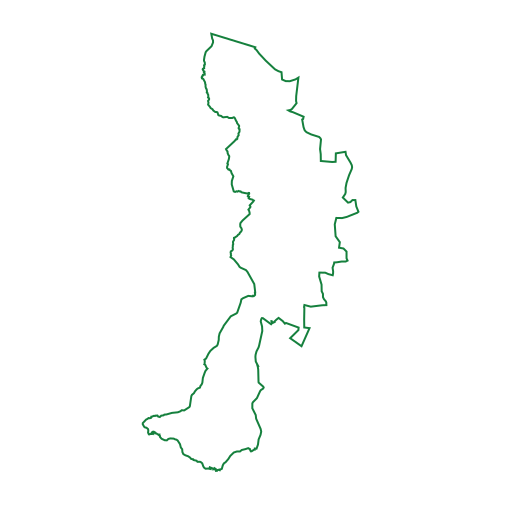 outline of Buenavista, Sucre, Colombia, rotated 185°
{"feature_id": "7082276B40450557639680", "entity_name": "Buenavista", "entity_type": "district", "adm_level": 2, "iso_a3": "COL", "parent_name": "Colombia", "parent_adm1": "Sucre", "projection": "robinson", "projection_center": [-74.939, 9.327], "detail": "fine", "context": "isolated", "style": "outline", "palette": "green", "viewbox_px": 512, "rotation_deg": 185, "n_neighbors": 0, "source": "geoboundaries", "source_scale": "gbopen_adm2", "svg_char_len": 6033}
<svg xmlns="http://www.w3.org/2000/svg" viewBox="0 0 512 512"><g transform="rotate(185 256 256)"><path d="M238.7,64.1L237.6,68.3L237.4,73.5L235.9,78.2L235.5,81.5L236.3,84.1L241.7,94.0L242.4,97.5L246.4,104.0L246.8,108.9L246.3,110.1L242.7,114.5L240.1,121.8L239.5,122.8L237.3,124.6L236.9,125.7L237.4,126.5L242.3,130.1L242.5,130.7L243.9,143.0L244.5,145.6L245.0,146.9L244.5,146.9L247.0,150.8L247.8,155.4L247.8,157.6L247.2,161.0L245.5,165.1L245.1,167.0L243.2,181.8L243.8,186.3L245.6,191.3L245.3,193.4L244.8,194.6L243.8,194.7L235.3,189.5L235.0,189.8L234.8,189.6L234.2,190.6L235.0,192.4L234.7,192.5L233.5,190.8L232.3,191.5L232.5,191.6L230.2,194.3L228.1,196.3L223.7,193.5L221.3,191.1L220.3,191.9L207.3,188.4L207.3,185.9L214.8,177.1L202.8,170.1L196.4,188.8L201.7,189.0L202.5,197.0L203.3,208.6L203.7,209.2L203.5,211.4L197.0,210.3L185.7,212.7L181.6,213.2L181.9,215.7L182.4,216.8L184.6,219.0L185.7,220.9L186.0,224.1L187.5,226.6L188.2,233.2L191.3,241.1L191.4,245.0L185.5,245.4L182.4,244.3L177.9,243.5L177.7,245.2L177.8,247.3L178.7,251.0L177.6,255.0L177.5,256.4L175.2,256.7L170.4,257.9L166.2,258.3L164.4,259.4L165.6,261.6L166.2,268.3L169.5,271.1L174.0,271.5L173.7,277.1L178.4,282.6L180.3,294.4L179.3,300.9L173.5,301.3L169.1,302.8L158.9,307.9L157.8,309.0L160.4,314.1L161.9,320.4L164.8,320.1L166.7,317.9L169.0,317.2L174.6,321.8L172.5,325.6L172.2,327.5L172.7,331.6L172.2,336.7L170.3,344.7L168.2,351.0L168.0,352.9L168.5,354.8L170.0,357.3L175.1,364.3L175.9,367.6L185.4,365.2L184.9,356.8L188.3,356.3L199.7,356.3L200.4,363.1L201.5,368.1L201.4,377.8L202.1,378.9L203.5,380.1L211.6,381.9L216.4,383.7L217.7,384.7L218.6,385.7L219.9,388.6L221.9,396.0L221.0,396.6L220.7,398.9L231.8,402.5L234.5,403.0L236.4,403.9L234.4,404.5L233.0,405.6L228.9,411.8L229.6,413.9L229.9,418.8L229.3,437.4L232.0,435.4L237.5,433.1L241.6,432.8L245.4,434.1L246.6,441.3L249.8,442.1L253.3,443.6L263.4,451.5L270.5,457.9L273.4,461.2L275.3,462.6L274.9,463.9L319.9,473.5L318.6,468.8L317.6,467.0L317.4,465.0L318.6,461.1L323.3,455.7L323.9,454.6L324.7,450.1L324.9,446.8L324.8,445.9L323.9,444.3L323.6,442.2L324.4,441.5L324.0,440.3L324.2,439.6L324.0,438.5L325.2,437.9L325.4,437.4L324.7,436.2L324.1,435.7L324.0,434.8L323.4,434.9L323.4,433.9L323.1,433.5L323.3,433.2L323.0,432.4L323.6,432.4L324.1,431.5L324.7,431.7L325.7,429.4L325.4,428.4L325.0,428.5L324.8,428.1L323.9,427.7L321.9,424.6L321.6,423.0L321.2,422.5L321.0,420.2L320.3,418.4L319.7,417.9L319.2,415.7L319.3,414.6L318.5,414.1L318.5,413.6L317.7,412.5L317.4,410.6L317.6,409.7L316.6,409.1L316.4,408.6L316.4,407.8L317.3,406.3L316.7,404.6L316.9,402.6L314.9,400.6L314.1,399.4L312.2,398.5L311.2,397.2L309.1,395.9L307.6,396.0L306.9,395.7L305.8,393.1L305.2,392.8L302.9,392.5L301.5,391.5L300.7,391.3L296.8,392.1L294.9,391.1L291.7,391.4L290.4,392.2L289.9,392.2L289.0,391.4L287.7,389.0L286.9,388.1L286.4,386.7L284.2,384.3L284.1,383.3L284.5,381.9L284.1,381.2L283.4,380.9L283.3,378.3L284.2,376.5L283.8,374.8L284.8,373.1L284.9,371.0L285.5,370.4L286.1,370.5L287.3,368.7L295.2,359.9L294.4,358.6L293.5,357.7L293.2,355.9L292.2,354.1L291.5,353.4L291.3,352.7L291.5,350.1L292.6,345.6L291.9,345.0L292.6,342.3L292.5,341.2L291.0,339.7L290.4,340.0L290.0,339.9L289.6,339.2L288.4,338.6L287.6,336.5L285.5,333.4L286.6,328.7L286.4,325.2L283.8,318.4L282.4,318.0L280.9,318.8L280.2,318.5L278.9,319.3L278.2,318.9L276.9,319.0L276.1,318.2L272.2,317.7L269.8,317.5L268.9,318.2L268.4,318.2L268.2,317.5L269.4,314.9L268.9,314.4L268.0,314.3L268.3,312.8L266.9,312.2L264.3,311.8L263.5,311.1L263.0,311.0L263.4,310.1L266.7,305.9L265.9,304.8L265.9,304.1L267.6,301.5L266.7,300.2L266.1,298.4L266.0,297.2L272.4,290.3L274.3,287.6L274.5,286.4L274.2,283.9L272.9,282.3L272.4,281.0L272.5,280.1L273.0,279.0L274.1,277.8L274.3,276.9L274.7,276.3L275.7,275.6L276.6,274.2L278.8,272.5L279.5,272.2L279.5,271.6L279.2,271.3L279.3,269.9L280.1,268.4L280.1,267.4L279.7,265.8L280.1,264.8L279.9,264.1L280.0,262.0L279.6,260.9L279.7,260.2L280.2,259.3L281.5,258.4L281.6,257.0L281.2,256.4L281.2,255.2L280.8,254.5L281.3,252.7L277.8,250.7L273.2,246.1L271.4,243.7L270.2,243.0L264.8,241.1L263.1,239.4L255.3,227.9L253.8,220.7L253.6,219.5L253.9,219.4L253.5,217.2L254.2,216.3L255.3,216.2L255.2,215.7L256.0,215.5L260.2,215.6L265.3,212.8L266.8,211.5L267.2,208.1L269.8,197.9L270.5,197.1L275.9,193.7L282.1,183.7L282.4,182.6L285.5,175.8L286.0,172.3L285.8,169.1L286.5,164.4L287.2,163.0L290.2,160.8L293.2,157.5L294.8,154.6L296.8,149.5L298.4,148.2L297.9,147.1L297.8,144.0L298.0,143.6L297.0,143.1L295.8,140.8L295.0,139.8L294.6,139.6L296.3,137.2L296.9,135.4L298.3,129.9L298.4,125.1L299.0,123.2L299.9,122.0L300.4,120.0L302.4,119.0L303.4,118.1L305.0,115.9L305.9,113.9L307.7,112.1L308.2,110.8L308.8,100.7L309.2,99.7L314.1,95.9L316.5,95.9L317.8,94.7L320.2,93.5L326.0,92.4L331.5,90.3L333.5,90.0L334.2,89.2L336.5,88.7L337.8,87.2L339.5,87.5L340.3,88.5L341.5,88.3L341.9,88.0L342.4,88.2L343.6,87.7L344.1,87.8L345.5,86.9L346.3,86.8L346.4,85.7L347.7,85.1L349.0,85.2L349.8,84.3L351.2,83.5L354.2,79.7L354.2,78.6L352.5,76.1L351.5,75.5L350.2,75.4L348.5,74.2L348.1,73.0L348.1,70.6L347.2,69.0L346.5,69.0L345.9,69.5L344.1,69.6L344.0,70.5L344.4,71.1L344.0,71.5L343.6,71.4L343.9,70.9L343.0,70.3L343.1,72.0L342.6,72.1L341.3,71.5L341.5,71.0L341.0,71.0L340.8,70.5L339.8,70.6L338.3,69.7L336.7,69.7L336.9,68.9L336.0,68.4L335.8,67.3L334.1,65.7L330.8,64.5L328.7,64.6L327.4,66.1L325.5,66.8L322.0,66.9L320.7,66.3L319.2,66.1L318.0,65.4L315.3,61.9L314.2,58.7L312.7,57.1L312.2,54.2L311.1,52.3L309.0,51.3L306.2,50.6L304.2,49.5L302.9,48.2L300.8,48.0L300.5,47.3L297.4,46.9L296.4,45.9L293.8,46.1L293.1,45.9L291.5,44.8L290.1,41.7L289.1,40.5L287.7,39.7L285.1,40.1L282.6,39.8L282.6,40.0L283.8,40.4L283.6,41.5L279.7,40.3L279.8,39.8L279.3,39.9L278.9,41.0L277.6,40.3L277.8,39.5L276.8,39.1L276.9,38.5L276.3,38.6L276.4,39.2L274.0,40.0L273.9,39.5L273.4,39.4L273.2,40.1L271.5,41.0L270.9,44.3L270.4,45.7L269.5,47.1L268.5,47.7L265.9,51.3L264.2,54.6L261.0,58.3L258.0,59.6L254.9,59.9L253.3,61.5L249.7,62.7L247.0,63.9L245.4,63.2L245.5,62.9L244.8,62.3L244.6,61.6L244.0,60.9L243.3,61.1L240.9,63.0L240.4,63.0L240.4,64.1L238.7,64.1Z" fill="none" stroke="#15803d" stroke-width="2"/></g></svg>